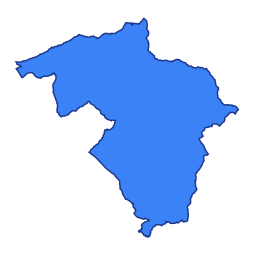 Vintila Voda, Buzau, Romania (Albers equal-area conic projection), rotated 179°
{"feature_id": "2599482B97538487419243", "entity_name": "Vintila Voda", "entity_type": "district", "adm_level": 2, "iso_a3": "ROU", "parent_name": "Romania", "parent_adm1": "Buzau", "projection": "albers", "projection_center": [26.732, 45.463], "detail": "fine", "context": "isolated", "style": "filled", "palette": "blue", "viewbox_px": 256, "rotation_deg": 179, "n_neighbors": 0, "source": "geoboundaries", "source_scale": "gbopen_adm2", "svg_char_len": 5853}
<svg xmlns="http://www.w3.org/2000/svg" viewBox="0 0 256 256"><g transform="rotate(179 128 128)"><path d="M238.7,195.9L238.2,195.2L237.8,193.6L234.7,192.2L234.0,191.5L233.0,191.3L236.0,190.6L238.7,189.2L236.6,186.2L233.3,180.4L232.4,180.4L230.2,182.2L228.1,184.3L227.6,184.3L226.2,185.0L223.2,185.1L221.2,183.7L220.5,182.2L218.0,180.1L214.6,179.3L211.6,181.3L209.5,181.1L206.9,181.4L203.4,182.5L202.2,183.1L202.1,183.8L201.7,184.4L200.3,183.6L200.5,183.2L200.3,182.7L199.0,181.3L199.2,180.3L199.0,179.4L199.2,178.4L200.8,175.1L202.2,173.2L202.3,171.2L201.8,166.7L202.3,165.7L198.9,155.6L198.4,154.8L198.7,153.9L198.0,153.0L198.2,151.6L197.9,150.9L198.3,149.6L198.7,146.8L198.5,145.0L197.2,144.5L196.9,142.7L196.2,142.2L195.9,141.4L195.4,141.2L194.9,140.5L193.5,140.6L192.6,141.3L190.8,141.1L189.3,141.9L187.3,142.5L186.8,142.8L186.6,143.9L183.2,146.2L181.2,146.2L180.0,145.8L178.7,147.0L177.7,148.5L176.8,148.8L175.8,149.9L172.8,150.5L171.7,151.9L170.0,152.6L168.2,153.8L167.8,154.8L166.2,155.3L165.7,154.0L164.8,152.9L162.0,151.5L159.1,148.1L158.2,147.5L157.2,147.5L156.0,146.1L155.3,145.7L155.2,144.1L154.9,143.1L154.2,142.4L153.3,142.0L152.6,141.3L151.3,141.2L151.1,139.4L148.8,137.1L145.3,136.0L144.5,135.5L143.9,136.2L140.4,135.7L141.0,134.2L141.5,131.7L142.7,129.9L143.0,128.9L144.8,127.4L146.4,126.6L147.7,126.7L148.0,126.3L148.6,126.3L148.9,127.1L149.6,126.9L149.7,126.0L151.2,126.3L151.7,124.8L151.7,122.9L152.9,121.2L152.9,119.3L154.1,118.7L154.4,117.0L156.4,116.0L157.2,114.7L157.9,113.0L158.9,112.1L160.0,112.2L160.6,111.0L161.2,110.5L162.1,110.4L163.2,108.8L165.7,106.6L166.1,106.0L166.2,104.7L167.3,104.4L161.2,99.6L150.3,87.7L148.2,86.2L147.6,85.4L147.1,85.4L145.7,83.8L142.7,81.9L142.4,82.0L141.7,80.7L141.6,80.1L137.7,75.8L137.2,74.4L137.2,71.4L136.9,70.0L137.0,67.3L135.3,65.6L134.2,61.3L132.6,59.0L131.9,57.1L131.4,56.8L130.3,56.7L126.5,54.1L125.9,53.6L124.9,51.9L124.2,52.4L124.2,49.7L124.0,48.5L123.6,48.1L122.1,47.4L121.9,47.0L122.3,45.9L121.8,44.2L123.3,43.0L123.4,42.4L121.3,39.7L119.9,38.6L113.8,36.5L113.3,36.6L112.8,37.3L112.2,37.4L110.5,36.3L109.4,36.2L108.6,35.6L108.3,35.0L112.9,33.7L115.9,31.3L116.2,29.9L115.6,28.9L115.8,28.2L115.6,27.8L116.3,27.3L116.1,26.5L119.2,24.8L119.0,24.1L118.4,23.6L118.1,23.7L117.4,24.7L116.8,24.6L115.3,22.4L114.5,21.9L114.0,20.6L113.3,20.6L112.4,19.4L111.6,19.7L111.1,19.1L110.0,19.7L109.8,18.7L108.2,19.4L108.0,20.6L107.3,21.9L107.5,22.6L107.1,23.4L107.4,23.6L107.4,24.1L106.9,25.1L105.8,25.8L105.8,26.6L105.3,27.7L104.6,28.6L103.4,29.0L102.3,29.8L101.9,30.8L97.1,30.6L96.1,29.8L94.5,31.0L92.0,31.8L91.4,33.3L91.7,33.8L90.6,33.6L90.1,33.1L88.9,33.4L87.6,32.4L87.4,32.0L86.4,31.9L82.5,32.0L80.9,33.0L80.1,32.2L79.5,32.3L75.8,35.0L75.6,34.7L75.6,34.2L73.8,33.1L71.8,33.6L71.3,33.5L70.3,34.2L69.9,35.0L69.9,36.6L69.3,38.2L69.4,39.4L69.1,40.8L69.6,42.9L69.4,45.4L70.2,47.4L70.1,48.0L69.4,49.2L67.5,50.8L66.7,52.1L66.8,55.1L67.0,55.6L65.4,58.5L65.5,59.4L63.9,61.5L62.5,62.2L61.9,63.4L60.5,64.8L60.3,65.8L61.5,68.7L61.6,72.5L62.1,73.5L61.0,74.4L60.9,77.7L61.3,79.9L60.9,80.6L60.5,82.2L59.6,82.6L59.0,83.8L57.6,85.1L54.9,89.3L53.2,93.2L52.6,93.8L52.9,97.7L52.4,98.8L51.6,99.6L49.8,99.3L48.2,100.5L50.9,104.5L50.9,105.1L51.9,106.6L52.0,107.6L52.8,109.0L53.0,109.7L53.8,110.5L54.7,111.9L55.3,112.3L57.1,115.7L56.9,116.5L54.8,117.3L53.0,118.6L54.2,120.5L54.6,122.1L53.3,123.6L51.6,124.5L51.2,126.8L49.0,127.3L47.3,127.4L46.3,128.2L44.2,128.0L43.7,128.8L43.8,129.8L43.1,130.6L39.1,130.5L36.8,128.7L36.3,128.6L35.2,129.4L34.5,131.0L33.8,131.2L33.2,132.0L31.9,132.6L31.1,134.5L31.1,136.2L30.5,137.1L27.8,139.2L26.3,141.1L25.1,141.7L22.2,141.7L21.3,140.9L21.1,140.5L20.4,140.1L19.8,141.7L19.0,142.6L18.9,143.3L17.3,144.3L18.6,146.4L20.6,148.2L22.8,148.4L23.7,149.2L26.0,149.0L27.3,149.6L30.8,149.3L31.9,149.8L34.2,152.2L34.6,153.6L35.5,155.0L37.6,156.4L37.8,156.9L37.6,158.4L38.0,159.5L37.9,161.1L38.1,162.1L37.8,162.5L37.6,164.3L37.3,164.3L36.9,164.8L37.0,166.8L37.8,167.6L38.8,168.0L39.2,168.7L40.3,174.9L41.1,175.3L42.5,177.5L45.0,180.2L45.2,181.8L47.9,184.8L48.6,186.2L49.9,185.7L50.6,185.7L53.1,187.3L54.6,186.8L56.8,187.9L58.5,187.1L58.9,186.6L61.5,187.5L62.2,187.2L63.5,188.8L65.8,188.7L67.0,189.3L67.1,190.2L67.9,190.2L69.5,192.3L71.0,192.4L74.3,194.3L75.5,195.4L78.5,195.7L80.4,194.8L80.8,194.2L82.1,193.8L82.2,194.3L83.9,193.5L84.9,194.1L85.9,193.7L87.5,194.8L89.4,195.0L92.9,194.6L94.4,195.4L96.2,195.2L98.3,196.8L100.0,197.0L100.2,197.5L100.1,198.2L100.4,199.1L100.3,199.7L102.0,200.9L102.8,202.0L103.8,202.5L104.5,203.6L105.4,203.9L106.8,205.2L106.3,206.3L106.3,207.5L105.9,208.6L105.9,212.6L106.3,212.7L106.2,213.5L106.8,215.4L108.4,217.6L108.2,218.2L107.3,218.8L106.0,220.5L106.1,221.6L105.8,221.9L105.7,223.2L105.9,224.2L107.2,226.0L107.6,227.1L106.9,229.9L107.5,234.8L110.2,237.3L111.6,235.8L112.5,234.1L113.2,233.9L113.6,233.3L114.8,232.4L114.9,231.8L121.5,232.6L121.5,230.7L121.8,230.6L122.2,231.0L122.1,231.6L122.5,232.0L122.4,232.3L123.0,232.8L123.0,232.3L123.2,232.2L124.2,232.7L128.1,233.4L128.7,232.9L129.8,230.5L130.6,229.6L131.3,227.8L132.7,226.4L133.2,226.3L133.6,225.7L135.3,225.3L139.3,222.7L144.1,222.8L144.3,222.2L144.7,222.0L147.4,223.0L149.5,222.9L150.9,221.9L151.0,222.2L152.4,221.3L154.7,219.1L157.2,218.0L157.4,218.0L157.5,218.9L158.8,219.2L160.9,220.5L163.1,220.2L165.9,219.3L166.7,219.5L167.7,220.2L168.9,219.7L170.9,221.1L173.0,221.3L175.1,222.3L176.5,221.6L176.4,220.9L176.7,220.7L180.1,219.8L183.6,216.9L184.1,216.9L185.5,215.9L188.4,215.1L188.9,214.6L190.4,214.4L191.5,213.1L192.7,212.5L194.3,212.1L194.9,211.7L195.5,211.6L195.9,212.1L197.1,211.3L197.2,210.8L200.2,210.6L201.8,209.2L202.7,210.2L204.6,208.6L205.6,208.1L206.7,206.5L213.2,203.4L214.3,203.5L214.2,203.2L215.5,202.3L218.9,200.7L225.4,198.7L229.1,197.0L231.4,197.0L233.3,196.0L235.1,195.7L236.6,195.7L237.3,196.1L237.8,195.8L238.7,195.9Z" fill="#3b82f6" stroke="#1e3a8a" stroke-width="1.5"/></g></svg>